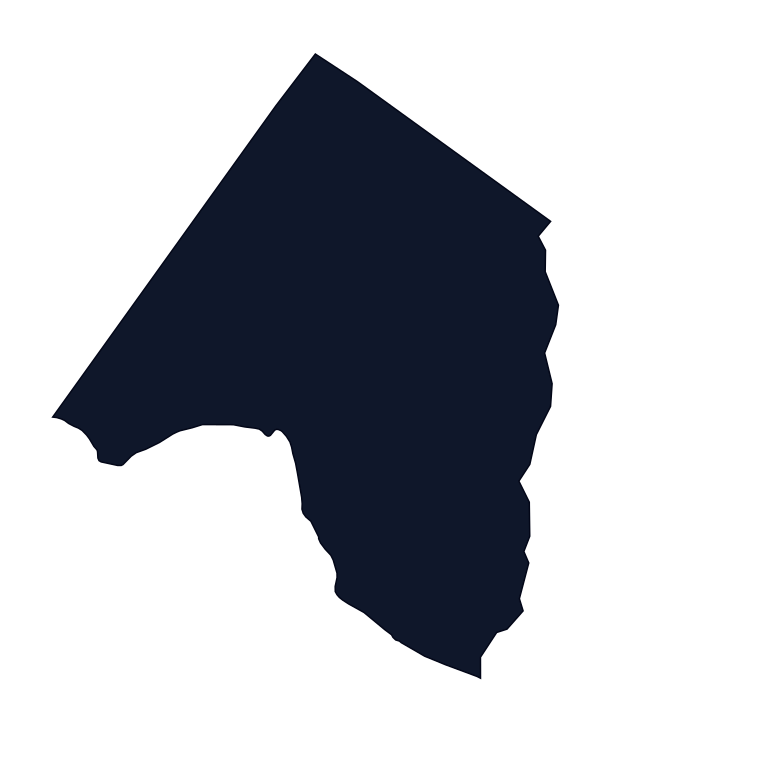 outline of Crawford, Wisconsin, United States of America, rotated 306°
{"feature_id": "52423323B39438565558439", "entity_name": "Crawford", "entity_type": "district", "adm_level": 2, "iso_a3": "USA", "parent_name": "United States of America", "parent_adm1": "Wisconsin", "projection": "albers", "projection_center": [-91.077, 43.206], "detail": "fine", "context": "isolated", "style": "filled", "palette": "ink", "viewbox_px": 768, "rotation_deg": 306, "n_neighbors": 0, "source": "geoboundaries", "source_scale": "gbopen_adm2", "svg_char_len": 1419}
<svg xmlns="http://www.w3.org/2000/svg" viewBox="0 0 768 768"><g transform="rotate(306 384 384)"><path d="M610.6,134.5L545.4,133.0L162.5,135.4L164.5,139.0L166.1,143.5L166.8,147.1L166.7,152.0L167.6,158.2L168.7,162.6L169.0,167.1L167.9,173.4L166.5,177.9L163.0,186.0L162.0,190.5L160.9,192.0L155.9,196.1L154.5,198.5L154.7,200.9L161.5,216.3L163.7,219.3L165.4,220.2L177.0,221.9L182.8,223.9L191.2,229.6L204.7,236.7L219.3,242.5L223.1,244.5L226.2,246.4L235.8,254.5L244.5,261.0L262.5,286.0L267.4,296.5L272.5,305.7L274.2,309.6L274.3,313.2L273.3,317.6L273.4,320.2L274.2,321.5L275.7,322.3L282.5,322.7L284.2,323.7L285.1,325.3L285.7,328.0L285.7,329.6L284.3,335.8L281.8,342.0L278.6,346.4L274.1,351.2L267.9,359.1L261.0,366.4L243.9,384.0L239.0,388.2L234.5,391.2L231.9,394.7L230.5,399.0L230.0,405.5L221.9,421.0L220.4,422.1L218.1,426.1L215.8,433.5L214.2,441.7L211.8,446.3L203.4,457.1L199.8,459.8L191.5,463.5L187.4,466.6L185.9,469.9L185.1,473.3L184.9,477.7L185.3,484.9L187.4,502.1L185.7,529.1L185.6,537.5L184.3,540.2L183.8,543.9L185.1,547.6L184.9,550.1L187.7,576.9L193.1,599.0L202.1,631.2L202.7,635.0L219.7,622.6L249.2,621.2L258.0,627.6L282.2,629.9L289.9,619.7L324.3,606.3L330.7,595.6L346.5,591.4L373.8,571.0L384.7,550.2L404.7,549.2L432.6,537.0L463.8,531.9L483.1,519.8L503.5,495.7L532.9,488.1L550.3,478.8L569.6,448.4L587.2,436.0L594.2,421.9L613.5,423.2L613.0,184.6L610.6,134.5Z" fill="#0f172a" stroke="#020617" stroke-width="1.5"/></g></svg>